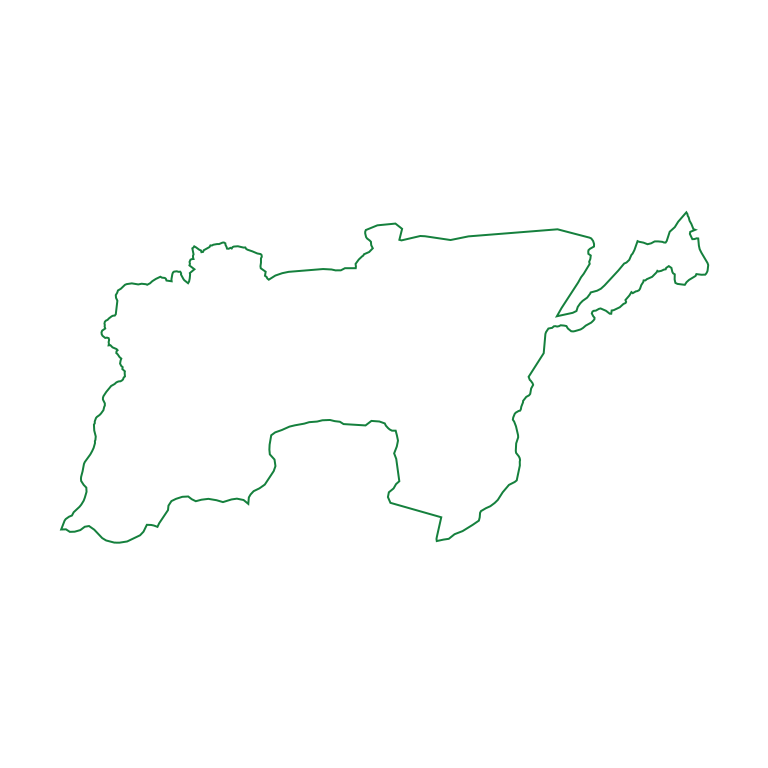 Aldai, Rift Valley, Kenya (Mercator projection), rotated 177°
{"feature_id": "3690345B36924206491537", "entity_name": "Aldai", "entity_type": "district", "adm_level": 2, "iso_a3": "KEN", "parent_name": "Kenya", "parent_adm1": "Rift Valley", "projection": "mercator", "projection_center": [34.935, 0.06], "detail": "fine", "context": "isolated", "style": "outline", "palette": "green", "viewbox_px": 768, "rotation_deg": 177, "n_neighbors": 0, "source": "geoboundaries", "source_scale": "gbopen_adm2", "svg_char_len": 6118}
<svg xmlns="http://www.w3.org/2000/svg" viewBox="0 0 768 768"><g transform="rotate(177 384 384)"><path d="M714.0,255.6L709.2,255.5L705.5,252.8L700.6,252.7L694.9,254.0L690.3,257.1L686.0,257.6L681.0,253.7L673.5,244.9L669.7,242.3L661.5,239.7L656.3,239.4L648.7,240.2L635.5,245.7L631.9,249.1L628.2,255.8L623.8,255.4L621.2,254.7L617.7,253.2L615.8,256.7L606.3,269.4L605.6,273.8L602.4,278.2L597.7,280.2L591.3,281.9L585.4,281.9L582.0,279.0L578.1,276.8L572.3,278.0L565.4,278.5L557.3,276.7L551.0,274.5L542.3,276.7L536.9,277.2L530.3,275.5L525.8,271.4L524.9,277.8L523.0,280.7L519.8,283.8L513.9,286.3L508.3,289.8L498.7,302.8L496.7,307.7L497.3,314.3L501.7,319.7L501.9,324.5L501.4,329.4L499.3,338.7L495.2,341.4L488.4,343.4L480.6,346.4L475.2,347.4L465.7,348.6L460.7,349.8L452.7,350.0L447.4,351.0L439.8,350.9L435.2,349.5L430.0,348.6L426.5,346.1L404.6,343.6L398.5,347.8L390.6,346.8L385.3,344.6L384.3,342.3L382.2,339.7L380.7,338.3L378.5,337.0L374.8,336.8L373.8,332.0L373.0,326.7L374.5,320.9L377.5,314.2L375.7,308.6L373.8,286.1L377.2,283.4L379.9,279.2L384.8,275.6L386.0,270.9L383.8,265.0L333.8,247.9L339.3,228.3L339.7,226.5L339.5,224.4L332.7,225.5L327.4,226.0L321.4,230.3L313.2,233.0L302.8,238.7L296.4,242.6L295.4,245.8L294.8,250.3L293.8,252.0L288.8,254.6L284.2,256.4L279.7,259.4L276.4,262.3L271.1,269.7L264.5,276.7L258.6,279.3L256.5,280.8L252.6,295.5L252.5,299.3L252.1,300.9L252.4,302.9L253.1,304.6L255.7,308.3L255.9,310.3L255.1,317.8L252.8,323.7L252.8,325.8L254.4,334.8L256.0,339.7L257.2,341.6L256.7,343.8L255.0,347.4L253.9,348.5L251.0,350.0L249.4,350.3L248.6,351.8L248.1,354.1L246.1,358.5L246.0,359.8L242.6,363.7L239.7,365.1L238.5,366.5L237.3,371.8L235.1,375.3L235.6,377.0L237.3,379.6L238.2,380.5L239.2,383.6L222.9,406.4L220.2,425.5L219.5,427.3L216.9,430.8L213.1,431.3L211.4,432.7L209.8,432.8L208.1,432.3L206.2,432.6L204.5,433.4L201.0,432.9L198.8,432.3L197.5,429.8L194.3,426.9L192.3,426.6L190.7,426.8L184.8,428.2L182.4,429.5L179.4,431.8L173.8,434.5L171.7,436.3L170.5,437.6L170.3,439.2L171.5,440.7L172.8,443.6L172.0,445.4L170.8,446.1L168.6,446.2L165.4,447.8L163.7,448.1L158.5,445.5L154.9,442.4L153.4,442.3L152.8,445.5L150.8,445.7L144.5,448.3L140.7,451.4L138.6,452.2L137.9,453.3L138.5,455.2L134.3,459.6L132.1,462.8L130.8,461.7L127.7,463.3L126.2,463.5L124.4,464.3L123.3,465.8L121.9,469.3L119.8,472.2L119.3,473.9L117.5,473.8L116.1,474.9L110.6,477.0L106.0,481.2L105.1,482.7L104.1,482.0L101.1,482.5L98.5,483.6L96.7,483.8L96.1,485.2L93.4,486.8L90.9,484.9L90.2,480.9L89.5,479.4L87.9,478.3L88.3,473.3L88.0,471.3L87.7,469.7L85.7,468.6L78.4,467.3L76.5,469.9L73.9,472.0L67.2,475.6L66.3,477.4L61.3,476.5L57.5,476.4L56.4,477.5L55.2,479.5L54.8,481.0L54.0,485.8L54.6,487.9L60.2,498.6L61.7,502.1L62.3,505.7L62.6,512.9L64.2,513.1L66.3,512.5L68.5,512.5L70.7,517.9L70.2,519.9L65.1,521.7L66.9,522.5L68.7,527.8L70.3,531.0L71.0,534.4L71.9,536.1L72.1,537.8L73.1,539.6L81.7,530.7L85.4,525.4L90.7,521.1L94.2,512.0L95.4,510.5L96.9,510.6L98.6,511.4L103.0,512.1L106.3,512.2L109.9,510.5L113.5,509.8L117.5,511.6L121.9,512.7L123.3,513.4L126.9,504.7L128.9,501.2L130.2,499.9L132.6,495.1L135.5,492.6L137.9,491.7L144.1,485.0L158.6,470.9L162.4,467.8L166.3,466.0L172.8,464.6L173.4,463.4L176.6,459.6L181.3,456.6L183.8,454.3L186.5,450.8L188.0,446.8L191.8,445.2L207.8,442.6L202.7,450.6L184.8,475.2L181.6,480.3L178.8,483.6L172.3,493.2L172.7,495.3L171.4,498.1L170.8,501.5L173.1,503.3L173.1,505.5L172.8,506.9L171.3,508.2L167.1,510.3L166.9,512.8L167.7,515.9L169.4,518.5L171.1,519.4L202.6,529.4L291.9,527.0L310.0,524.3L335.3,529.4L340.0,529.9L359.0,526.5L361.1,527.2L357.8,538.0L364.2,543.6L382.3,542.8L394.1,538.7L394.8,537.0L394.9,535.4L394.2,531.7L393.3,530.2L390.8,528.1L389.6,526.7L389.5,523.3L388.1,520.1L391.9,516.6L397.2,514.6L398.0,513.3L399.2,512.6L402.7,509.6L406.1,505.4L405.9,502.7L406.2,501.1L416.9,501.7L421.1,499.8L426.4,500.0L430.4,501.1L438.8,502.0L473.3,501.0L479.8,500.0L486.8,498.0L493.6,494.2L495.0,495.5L495.7,497.1L497.2,498.3L496.3,502.3L501.0,506.0L501.2,508.1L500.5,511.6L500.3,515.9L499.4,517.4L499.5,519.2L500.4,520.2L503.7,521.0L508.6,523.4L513.4,525.3L514.7,526.3L515.3,527.6L517.2,527.6L522.7,529.2L526.8,529.1L528.1,528.6L529.0,527.3L530.2,528.0L532.0,527.2L533.7,527.4L534.1,529.2L535.0,531.2L535.1,532.8L536.5,533.7L538.0,533.6L541.3,532.4L543.2,532.5L547.2,532.0L548.6,531.3L550.1,531.5L551.1,529.9L557.0,527.0L557.8,525.4L559.4,525.2L559.8,526.9L561.4,527.7L564.6,530.3L566.3,531.4L567.1,530.3L568.3,529.5L567.4,523.4L568.0,522.2L568.1,520.6L567.7,518.8L569.2,518.8L570.7,518.3L571.8,516.1L571.5,514.1L572.1,512.6L567.3,508.5L572.1,504.9L571.9,503.5L572.5,499.5L573.3,496.5L574.4,494.9L578.0,498.1L578.8,499.3L581.0,503.9L580.8,505.2L581.6,506.8L583.5,506.8L585.0,507.4L586.4,507.3L587.8,507.2L588.9,506.4L589.6,504.8L590.8,499.7L590.7,497.7L595.8,498.7L596.4,500.6L597.4,501.4L600.1,501.8L601.7,502.8L606.3,500.9L610.0,498.8L612.4,496.8L615.3,495.5L616.5,496.1L620.8,496.8L624.2,496.3L630.6,497.7L635.8,497.2L637.5,496.6L641.8,492.9L644.8,491.3L645.6,489.2L647.2,486.8L647.1,484.1L645.9,481.1L648.2,467.7L649.3,466.4L651.0,466.4L652.5,465.8L655.4,463.8L656.7,462.5L658.3,461.9L659.5,460.8L660.0,458.9L659.7,457.6L660.0,456.1L659.5,454.0L662.6,452.1L663.4,450.4L663.3,448.4L662.5,446.8L660.0,444.6L658.2,444.8L656.6,444.2L656.2,442.5L656.8,440.2L656.6,438.5L657.0,437.0L655.2,437.1L653.2,434.8L649.3,432.9L648.3,431.7L649.4,430.7L649.7,428.9L648.5,427.7L646.6,424.6L645.0,423.1L645.8,421.3L646.5,418.2L645.5,415.9L644.1,414.5L644.5,412.6L642.1,410.2L642.4,408.8L642.3,405.1L643.6,404.1L644.4,402.2L645.6,401.2L647.0,400.5L648.6,400.5L650.1,400.1L651.5,399.4L653.0,398.1L656.6,396.3L661.8,390.6L664.8,386.5L665.4,384.9L665.5,383.2L663.8,379.3L663.9,377.1L664.6,375.8L665.6,372.5L668.2,369.3L669.7,367.9L672.5,366.1L673.4,365.1L674.8,361.8L674.9,359.9L675.8,358.6L675.8,352.7L674.6,346.7L675.1,343.3L675.7,342.1L675.7,340.1L677.3,335.4L679.0,332.2L681.0,329.0L686.9,321.7L687.8,319.9L689.6,312.5L691.3,307.2L691.6,305.2L691.5,303.0L689.2,299.0L686.7,296.1L686.7,291.9L688.7,286.2L690.0,283.2L692.6,279.4L694.5,277.3L700.6,272.2L702.5,269.0L705.4,268.0L708.9,265.8L710.1,264.3L714.0,255.6Z" fill="none" stroke="#15803d" stroke-width="2"/></g></svg>